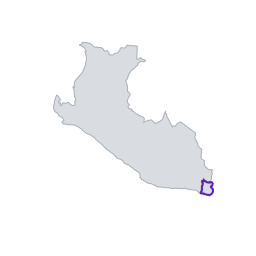 where Tacna sits in Peru, rotated 333°
{"feature_id": "PER-575", "entity_name": "Tacna", "entity_type": "Department", "adm_level": 1, "iso_a3": "PER", "parent_name": "Peru", "parent_adm1": "", "projection": "natural_earth1", "projection_center": [-70.312, -17.577], "detail": "fine", "context": "in_parent", "style": "outline", "palette": "violet", "viewbox_px": 256, "rotation_deg": 333, "n_neighbors": 0, "source": "natural_earth", "source_scale": "10m", "svg_char_len": 5233}
<svg xmlns="http://www.w3.org/2000/svg" viewBox="0 0 256 256"><g transform="rotate(333 128 128)"><path d="M174.1,75.4L174.1,76.1L173.4,76.4L172.7,75.9L171.7,76.1L170.1,74.5L166.5,74.7L164.9,76.6L162.6,77.0L159.9,77.9L157.0,78.2L152.3,81.2L151.3,82.4L149.2,84.2L147.5,84.8L146.6,90.2L145.0,93.4L144.3,95.1L145.2,97.7L145.2,99.0L144.3,100.0L143.5,100.2L141.9,101.3L139.5,103.7L139.1,105.5L139.9,107.9L139.6,108.2L137.7,108.7L137.7,110.0L137.3,110.5L139.0,112.5L139.9,112.9L139.9,113.4L139.8,113.9L139.4,114.1L139.4,114.6L140.6,116.0L141.5,118.9L143.2,120.3L143.2,121.3L143.7,122.2L144.6,122.9L146.7,125.8L146.8,127.1L144.6,130.2L148.2,130.2L152.2,131.2L152.7,131.7L153.2,133.1L153.2,134.0L154.0,134.8L154.0,136.5L159.2,136.5L162.6,136.1L168.0,130.9L168.9,130.5L168.4,131.6L168.4,132.4L168.7,133.3L168.0,134.6L168.0,147.1L169.0,146.5L170.3,147.7L171.2,147.7L174.2,146.3L177.7,146.5L185.8,163.0L185.1,164.1L185.1,164.9L184.1,165.6L183.1,167.0L183.0,173.5L182.2,175.5L182.7,176.5L183.1,178.6L183.9,179.8L184.0,180.6L184.0,181.0L182.8,181.7L182.8,182.8L180.7,185.2L180.4,186.8L179.6,187.3L179.5,189.1L181.3,192.0L180.1,193.7L179.0,196.3L180.9,201.7L181.6,202.4L182.4,202.4L183.6,202.9L184.3,203.7L182.8,204.7L182.5,205.1L182.6,206.9L181.0,208.2L178.9,211.6L178.3,211.8L177.2,212.8L177.0,213.3L177.2,213.8L178.1,214.8L178.2,216.1L176.6,217.6L175.5,217.8L175.1,218.2L175.6,220.3L175.6,221.2L175.2,222.3L174.5,223.5L172.1,224.8L170.0,225.0L166.4,221.9L165.3,220.6L161.7,217.9L161.2,215.2L160.0,213.8L157.8,212.8L156.1,211.4L154.7,210.7L151.5,207.6L148.6,206.6L143.1,203.3L140.1,202.2L136.3,199.1L134.3,198.3L132.6,196.9L127.6,193.8L126.8,192.9L126.1,191.3L125.0,190.5L123.7,188.4L121.9,187.2L120.1,185.6L117.9,181.3L116.8,180.3L116.7,178.3L116.0,177.4L117.1,176.8L117.7,173.7L117.4,172.2L114.8,168.1L114.3,166.4L112.5,163.2L111.8,161.3L110.3,160.0L109.7,158.8L108.8,158.3L108.8,156.8L108.2,154.1L107.4,152.7L104.4,150.1L104.1,147.3L103.4,145.3L99.3,137.4L96.9,129.8L94.9,125.5L94.0,123.1L94.0,121.8L92.5,119.5L91.6,117.5L88.3,113.5L86.3,109.1L86.1,107.8L84.7,105.4L82.6,102.2L81.5,100.9L75.1,97.1L72.1,94.7L71.7,93.5L71.9,92.8L72.5,92.1L73.4,92.6L74.0,92.4L74.4,91.5L74.4,90.2L73.9,88.5L71.8,85.3L72.3,83.8L70.2,80.0L70.7,76.3L71.2,75.4L74.3,71.6L75.1,70.1L76.5,69.1L77.8,67.6L79.4,66.4L79.9,66.8L80.4,68.8L80.3,70.1L80.8,71.6L79.7,73.0L78.4,72.7L78.0,73.0L77.8,73.6L78.0,74.7L78.3,75.1L79.2,75.1L78.0,77.1L78.1,77.5L78.9,77.8L79.8,77.3L80.6,76.2L81.2,76.0L84.3,77.9L85.8,77.7L86.9,78.6L87.0,80.0L88.6,82.7L90.9,83.4L91.3,83.2L91.8,82.1L92.3,82.0L92.4,80.5L94.5,78.9L94.8,77.7L94.5,77.0L94.5,76.3L95.7,72.8L96.1,72.4L96.4,71.2L96.9,70.5L97.5,66.5L98.1,66.5L98.6,67.5L99.3,67.2L98.9,66.3L99.0,66.0L101.3,62.8L102.0,62.1L112.8,57.7L118.1,53.1L122.9,46.8L124.4,40.4L124.9,40.8L125.8,40.6L125.5,38.1L125.7,36.8L125.7,36.4L124.2,34.9L123.6,33.2L122.3,32.2L122.4,31.9L123.7,32.2L125.0,32.1L126.0,31.0L126.8,31.1L128.6,32.6L129.9,32.7L130.3,33.7L131.6,34.5L133.4,36.7L134.2,39.1L134.2,39.6L135.0,40.8L136.8,41.5L138.5,43.2L140.3,43.8L141.1,45.4L141.6,45.9L141.9,46.8L141.6,47.9L141.9,48.5L143.2,49.4L144.4,49.5L144.6,49.9L145.2,52.6L144.8,53.9L145.0,54.7L146.5,55.3L146.9,55.9L148.1,56.0L149.8,55.5L151.9,56.3L153.6,56.0L154.3,55.8L155.1,55.2L155.7,55.2L157.4,53.5L157.8,53.3L159.6,54.1L161.1,55.3L162.9,55.0L163.7,54.3L165.0,53.9L167.4,55.4L167.9,56.0L168.6,56.2L171.1,57.6L171.6,58.2L173.0,58.7L173.2,59.2L173.2,59.7L167.1,70.6L169.0,71.5L170.7,70.9L171.6,71.7L172.3,73.4L173.7,74.6L174.1,75.4Z" fill="#d9dde1" stroke="#a8b0b8" stroke-width="1"/><path d="M178.2,216.1L177.1,217.3L176.6,217.7L176.2,217.7L175.8,217.7L175.4,217.7L175.2,218.0L175.1,218.5L175.2,218.9L175.3,219.2L175.4,219.7L175.4,220.0L175.5,220.1L175.7,220.5L175.8,220.7L175.8,220.9L175.8,221.1L175.2,222.5L175.0,222.9L174.8,223.1L174.5,223.4L174.1,224.0L173.9,224.1L173.7,224.2L173.4,224.2L173.2,224.3L172.6,224.7L172.4,224.8L171.9,224.8L170.9,224.7L170.5,224.8L170.2,224.9L170.0,224.7L169.6,224.4L169.0,223.9L168.7,223.7L168.4,223.5L168.1,223.3L167.6,223.0L167.2,222.5L167.1,222.4L166.9,222.3L166.4,221.7L166.2,221.6L165.9,221.5L165.8,221.4L165.6,221.0L165.6,220.7L165.4,220.7L164.9,220.3L164.7,220.1L164.2,220.0L164.0,219.9L163.5,219.4L163.3,219.3L163.2,219.2L163.3,218.9L163.5,218.6L163.6,218.4L164.0,218.1L164.3,217.8L165.1,217.4L165.3,217.4L165.5,217.2L165.7,216.6L165.8,216.5L165.9,216.4L166.2,216.0L166.3,215.9L166.5,215.6L166.5,215.4L166.6,214.8L166.7,214.7L167.1,214.1L167.2,213.8L167.3,213.6L167.4,213.4L167.5,213.3L167.6,213.2L167.8,213.1L168.0,213.1L168.4,212.9L169.1,211.9L169.4,211.5L169.5,211.3L169.5,211.2L169.5,210.9L169.4,210.7L169.4,210.4L169.4,210.2L169.5,209.7L169.6,209.4L169.7,209.2L169.9,208.9L170.1,208.8L170.4,208.8L170.6,208.8L170.8,208.9L170.9,209.0L171.0,209.1L171.2,209.7L171.3,209.8L171.5,210.0L171.8,210.1L172.0,209.9L172.2,209.3L172.4,209.8L173.0,210.8L173.4,211.8L173.7,212.2L173.8,212.2L173.9,212.3L174.1,212.4L174.4,212.8L174.6,212.9L174.7,213.0L174.8,213.0L175.2,213.3L175.3,213.3L175.5,213.3L175.6,213.2L175.8,213.2L175.8,213.3L176.0,213.5L176.1,213.8L176.3,213.9L176.7,213.8L176.8,213.8L177.3,213.8L177.8,214.2L178.0,214.4L178.1,214.6L178.2,214.9L178.2,215.3L178.2,216.1L178.2,216.1Z" fill="none" stroke="#5b21b6" stroke-width="2"/></g></svg>